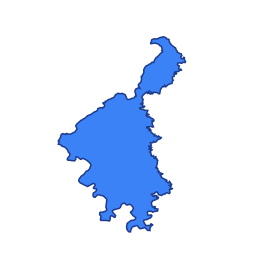 Tsuili-Tsuili, Leribe, Lesotho (Albers equal-area conic projection), rotated 289°
{"feature_id": "5366337B67330505907526", "entity_name": "Tsuili-Tsuili", "entity_type": "district", "adm_level": 2, "iso_a3": "LSO", "parent_name": "Lesotho", "parent_adm1": "Leribe", "projection": "albers", "projection_center": [27.748, -29.04], "detail": "fine", "context": "isolated", "style": "filled", "palette": "blue", "viewbox_px": 256, "rotation_deg": 289, "n_neighbors": 0, "source": "geoboundaries", "source_scale": "gbopen_adm2", "svg_char_len": 5896}
<svg xmlns="http://www.w3.org/2000/svg" viewBox="0 0 256 256"><g transform="rotate(289 128 128)"><path d="M80.5,188.8L83.3,187.2L84.0,187.6L83.9,188.6L85.1,189.7L85.3,189.4L84.9,188.0L85.6,187.6L86.8,187.6L87.1,185.9L88.0,187.5L89.0,187.6L89.0,186.5L90.1,186.0L91.0,184.5L89.5,184.4L89.2,183.8L90.2,181.1L91.0,181.8L91.3,181.6L92.0,175.7L93.2,175.3L93.8,174.0L94.4,173.6L95.5,175.6L96.0,175.7L96.1,173.2L95.7,171.1L96.1,170.9L97.2,171.5L97.8,169.7L99.1,169.5L99.8,168.5L99.2,167.7L99.6,167.2L101.3,167.5L104.9,167.1L106.3,166.5L107.1,166.7L107.5,165.7L108.4,165.2L108.0,163.2L109.6,163.9L110.0,163.7L108.8,162.2L109.3,161.3L110.1,161.1L109.2,160.0L109.4,158.7L110.7,158.7L111.4,157.8L112.3,157.4L112.4,156.3L115.2,157.9L115.3,157.1L114.7,156.5L115.0,155.6L114.8,154.7L115.6,154.8L116.5,156.4L117.4,156.7L117.5,156.1L116.2,155.3L117.3,154.6L117.5,153.5L117.9,153.6L118.0,154.6L118.9,155.6L120.1,155.2L121.1,154.0L121.7,154.6L122.2,156.3L123.8,156.6L123.2,157.7L123.9,158.8L124.4,159.3L126.3,159.7L128.4,162.1L129.7,162.7L129.9,162.3L129.6,161.4L130.3,159.3L128.9,159.1L129.9,157.2L129.1,155.5L130.8,155.4L130.2,153.8L131.1,152.7L131.1,151.9L132.0,150.6L133.2,150.5L133.8,149.8L133.7,149.2L132.7,149.5L132.4,148.9L133.3,148.1L134.0,148.9L134.4,148.8L134.6,147.3L134.3,145.5L135.1,145.5L135.8,146.3L135.7,147.5L137.0,148.8L136.8,150.8L137.4,151.7L139.9,149.3L141.2,149.2L142.2,148.3L142.7,148.5L142.7,150.0L143.9,150.0L144.9,148.2L144.6,146.7L145.3,146.0L145.6,144.5L144.8,143.1L145.3,141.6L146.2,141.0L146.6,142.6L147.4,143.5L147.7,143.1L147.5,141.9L147.8,140.9L151.0,141.0L150.2,138.1L150.7,136.5L150.1,134.7L150.0,133.1L150.6,132.5L151.1,132.9L152.9,136.3L153.7,136.8L154.0,136.4L153.6,135.7L153.6,134.7L155.0,134.2L154.9,132.2L155.8,132.5L156.3,134.0L158.7,132.9L159.7,133.2L161.6,131.0L163.9,131.5L168.0,133.9L167.0,135.1L167.2,135.7L167.8,136.0L169.2,135.5L169.8,135.9L168.0,136.7L167.3,138.0L168.3,138.7L169.5,138.3L169.4,138.9L168.1,139.6L168.4,140.1L170.5,140.9L170.4,142.1L171.0,144.0L170.4,145.8L170.7,146.8L175.0,146.2L178.3,147.1L178.7,148.6L180.3,148.7L179.2,149.9L179.3,150.4L181.9,151.7L184.2,154.4L184.4,155.1L186.6,154.7L187.9,155.3L189.1,153.9L190.9,153.5L192.1,154.8L194.0,154.1L194.5,155.8L195.3,156.2L195.6,155.9L195.4,154.2L195.7,153.8L196.8,154.9L197.8,157.2L199.7,158.6L200.0,159.6L200.9,158.8L200.1,157.4L200.5,156.5L203.3,156.4L203.7,154.3L205.7,153.9L206.5,156.0L206.6,157.7L208.2,158.9L208.5,160.7L209.3,160.9L211.3,158.8L212.9,158.5L213.0,157.8L211.2,157.1L211.3,155.5L212.3,154.6L213.8,155.4L215.4,154.2L215.4,151.5L215.8,149.8L216.6,149.6L217.4,148.2L219.1,147.0L220.3,142.8L222.0,140.0L224.2,138.1L225.1,137.9L224.9,135.4L225.6,134.6L225.9,132.9L225.6,131.3L224.5,130.2L224.4,129.4L223.2,128.0L222.1,127.3L220.6,123.3L219.3,121.8L218.3,121.7L217.6,122.0L215.6,121.7L215.1,122.3L216.7,124.9L217.3,128.1L217.0,129.9L216.2,131.3L216.2,132.7L213.4,134.9L212.3,134.5L211.4,135.9L209.2,134.5L204.3,132.4L203.9,131.6L203.0,131.7L201.4,131.0L198.5,131.0L198.0,130.6L198.2,129.4L196.0,128.3L195.2,127.2L194.0,126.6L192.9,125.1L190.6,124.2L188.3,123.9L185.9,124.8L184.3,124.8L181.2,124.3L181.2,123.8L180.0,124.1L179.6,124.6L177.2,125.1L174.9,125.1L173.8,124.1L171.9,123.8L171.2,124.1L169.6,126.1L169.6,125.0L168.3,123.6L167.7,123.4L167.2,122.5L166.1,122.5L164.8,122.6L162.5,124.3L161.5,124.5L161.1,125.3L160.5,125.2L160.2,124.5L158.3,123.8L156.9,121.5L156.1,121.0L154.8,118.5L155.2,117.5L158.5,114.6L158.9,111.5L158.0,109.6L157.4,106.9L156.0,106.2L155.7,105.5L152.1,104.6L150.9,102.9L149.7,102.1L148.5,100.2L146.3,98.9L145.8,97.8L144.6,98.2L143.9,96.3L143.2,96.3L142.3,98.1L141.1,98.8L140.0,98.4L139.4,97.7L138.4,97.6L138.8,97.0L138.4,95.6L137.2,93.9L136.3,93.1L135.2,93.4L133.5,92.7L132.5,91.2L128.9,88.6L126.4,85.7L123.3,84.2L122.1,82.8L120.3,81.7L120.1,81.1L115.4,78.5L113.1,77.8L110.6,80.1L107.2,79.2L103.6,75.7L102.7,73.6L103.0,72.0L102.1,71.7L102.1,71.2L101.5,70.9L101.8,70.2L101.3,69.0L101.5,68.3L100.3,67.0L97.0,67.2L93.0,66.3L92.9,67.2L89.9,67.4L90.3,69.5L89.2,71.7L89.4,73.9L89.0,75.5L87.5,78.0L85.7,79.5L84.8,81.3L82.7,81.9L80.1,80.8L78.7,80.7L78.0,81.5L79.5,88.1L81.0,88.8L83.6,88.3L84.2,88.9L84.0,90.4L82.9,93.2L83.1,93.8L84.6,95.1L84.3,98.6L83.1,102.2L81.5,104.7L80.5,105.1L76.7,104.9L74.4,103.8L73.6,102.6L69.9,101.4L67.3,99.5L64.3,98.5L62.4,98.5L61.4,99.2L60.5,100.9L59.5,108.8L64.0,112.9L64.4,114.2L63.9,115.2L63.0,115.7L60.9,114.8L59.9,114.9L59.6,115.8L60.3,117.7L59.6,118.4L57.5,118.2L55.2,116.4L53.0,116.8L51.9,117.5L51.5,118.4L51.7,119.4L54.3,120.6L55.0,121.3L55.3,122.3L55.7,126.8L53.9,130.9L52.9,131.4L45.8,132.9L44.0,134.6L42.7,134.3L41.4,133.1L40.3,131.6L39.4,129.3L38.6,128.9L36.7,129.5L35.9,131.1L32.3,131.8L31.8,132.3L33.6,137.9L34.0,140.6L35.1,141.0L37.9,140.2L39.7,140.7L39.8,141.4L39.1,144.2L39.3,144.8L41.2,144.8L43.3,141.1L44.1,140.3L44.7,140.2L46.5,141.7L49.2,145.9L50.4,146.6L53.9,146.8L55.9,148.9L54.8,151.5L55.1,152.7L56.5,154.5L56.0,156.4L54.8,158.4L53.6,159.3L50.5,158.8L49.7,157.8L48.9,157.9L46.8,161.3L45.7,164.5L44.5,164.7L43.1,163.9L41.5,160.9L37.6,158.3L34.5,158.7L32.0,159.8L30.5,161.7L30.1,162.7L30.6,164.2L32.3,163.9L35.7,164.2L38.6,168.0L38.7,168.9L37.3,170.5L36.7,171.9L37.3,173.6L39.4,176.3L37.6,179.9L38.2,182.2L41.1,181.2L42.1,181.8L43.1,181.5L43.9,182.8L44.5,182.8L44.9,180.9L43.0,180.6L41.6,176.4L44.9,172.9L46.1,173.1L48.1,176.4L49.6,177.5L50.2,178.5L52.3,179.2L53.2,178.9L53.4,177.8L52.2,176.5L51.9,175.4L54.4,173.7L55.5,173.9L56.8,176.7L56.5,178.9L57.7,180.2L59.1,183.0L61.1,182.7L60.6,179.4L62.1,179.5L62.5,179.2L62.3,178.2L61.2,177.6L61.6,176.5L63.6,175.1L65.2,174.4L67.7,175.4L68.9,177.3L70.2,178.2L70.7,179.2L72.1,179.5L72.4,179.0L71.5,178.2L71.5,177.6L73.1,177.6L73.3,176.9L72.8,174.9L72.0,175.2L71.4,174.3L72.9,171.8L73.6,172.4L74.1,173.8L76.5,175.2L77.0,176.4L74.9,178.7L75.1,181.6L77.2,183.3L77.4,184.4L78.5,184.8L79.4,185.7L79.5,188.5L80.5,188.8Z" fill="#3b82f6" stroke="#1e3a8a" stroke-width="1.5"/></g></svg>